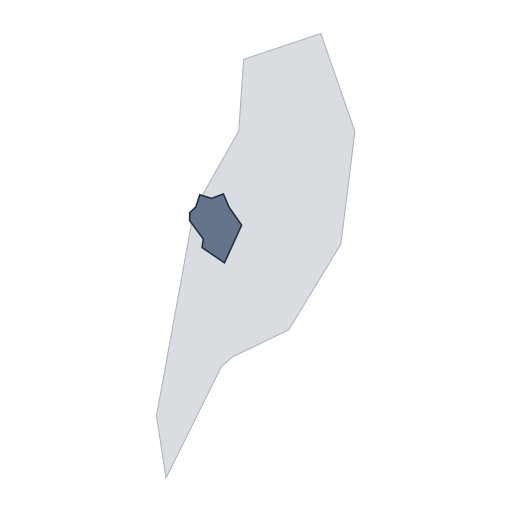 Melekeok highlighted on a map of Palau, rotated 181°
{"feature_id": "PLW-5250", "entity_name": "Melekeok", "entity_type": "state/province", "adm_level": 1, "iso_a3": "PLW", "parent_name": "Palau", "parent_adm1": "", "projection": "albers", "projection_center": [134.62, 7.515], "detail": "fine", "context": "in_parent", "style": "filled", "palette": "slate", "viewbox_px": 512, "rotation_deg": 181, "n_neighbors": 0, "source": "natural_earth", "source_scale": "10m", "svg_char_len": 519}
<svg xmlns="http://www.w3.org/2000/svg" viewBox="0 0 512 512"><g transform="rotate(181 256 256)"><path d="M271.8,452.4L195.1,479.6L159.3,382.3L171.3,269.5L222.0,182.7L277.2,155.0L288.6,145.0L342.1,32.4L352.7,94.5L318.9,300.6L275.4,380.8L271.8,452.4Z" fill="#d9dde1" stroke="#a8b0b8" stroke-width="1"/><path d="M310.1,263.5L308.9,271.9L323.0,290.3L323.0,298.3L317.1,304.0L313.2,316.3L301.5,312.8L289.7,317.5L283.8,304.4L270.9,286.6L287.4,248.6L310.1,263.5Z" fill="#64748b" stroke="#1e293b" stroke-width="1.5"/></g></svg>